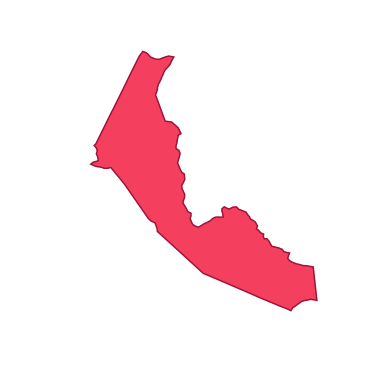 outline of Antônio Gonçalves, Bahia, Brazil, rotated 247°
{"feature_id": "56859067B38466194714379", "entity_name": "Antônio Gonçalves", "entity_type": "district", "adm_level": 2, "iso_a3": "BRA", "parent_name": "Brazil", "parent_adm1": "Bahia", "projection": "mercator", "projection_center": [-40.353, -10.606], "detail": "fine", "context": "isolated", "style": "filled", "palette": "rose", "viewbox_px": 384, "rotation_deg": 247, "n_neighbors": 0, "source": "geoboundaries", "source_scale": "gbopen_adm2", "svg_char_len": 2123}
<svg xmlns="http://www.w3.org/2000/svg" viewBox="0 0 384 384"><g transform="rotate(247 192 192)"><path d="M340.6,201.7L337.7,196.6L334.9,193.3L321.0,177.1L318.4,174.2L316.6,172.1L311.4,166.1L299.1,151.8L297.6,149.9L274.1,122.6L273.0,120.1L270.3,121.1L267.1,121.0L264.6,118.9L260.8,118.9L257.4,117.9L258.0,112.5L257.2,109.7L255.0,111.7L252.8,114.0L251.3,116.5L250.0,118.5L248.2,120.3L246.9,123.4L246.2,126.9L226.1,132.8L189.4,140.5L184.8,141.4L181.4,142.9L178.0,145.9L172.0,145.6L169.2,144.7L128.5,163.4L112.8,170.5L105.8,177.3L77.8,204.1L75.7,206.1L70.0,211.4L61.6,219.6L53.3,227.7L47.6,233.6L44.1,236.7L45.9,239.1L48.4,250.1L48.2,253.3L47.5,255.5L46.9,259.2L45.0,262.3L43.4,264.6L75.7,274.3L77.2,271.9L79.4,268.7L80.6,266.0L82.0,264.1L83.6,262.2L85.1,260.0L87.0,258.1L88.7,256.4L90.9,254.9L93.5,254.2L96.2,256.4L97.7,258.0L99.4,255.5L101.2,253.2L103.9,252.7L106.7,249.9L108.9,246.9L110.7,244.4L113.3,243.9L116.4,243.7L119.8,242.7L120.6,240.3L122.9,240.2L125.3,241.5L127.5,239.3L130.8,238.4L132.8,236.9L135.2,239.0L137.6,238.8L139.8,238.5L142.1,237.0L144.4,235.2L146.7,235.3L148.9,234.5L152.3,233.9L155.6,230.6L157.8,228.3L160.9,227.1L162.1,223.8L161.9,221.6L162.0,219.1L165.7,215.9L165.0,213.1L162.7,212.0L160.3,211.9L156.7,210.8L158.1,207.6L159.6,204.2L159.6,201.0L158.5,197.8L158.1,194.7L158.1,190.8L157.4,187.1L157.2,183.9L159.4,181.7L161.7,180.0L164.3,179.8L168.3,179.9L170.4,181.7L172.9,182.8L175.6,180.4L179.1,180.3L182.7,179.8L185.5,179.4L187.3,180.6L189.4,182.6L192.4,184.3L195.1,184.3L198.9,184.2L201.7,184.8L203.8,187.4L206.3,190.2L208.9,191.1L211.7,191.9L213.9,190.4L216.9,190.0L224.5,190.1L227.2,192.4L232.2,196.2L235.5,196.2L238.1,194.3L240.9,195.4L242.9,197.2L245.4,198.6L247.3,200.0L249.6,201.5L250.0,204.7L256.4,204.4L264.4,200.6L267.7,195.0L295.8,196.4L297.5,198.2L299.7,200.0L302.0,201.3L304.3,203.2L306.1,205.5L307.8,207.4L309.8,209.3L311.4,211.2L313.4,213.1L315.0,215.1L316.3,218.4L318.1,221.7L320.6,224.4L323.4,228.0L326.2,223.8L326.6,221.3L326.9,217.6L326.9,214.1L328.3,210.6L330.4,208.6L332.5,206.6L335.3,205.6L338.0,204.4L340.6,201.7Z" fill="#f43f5e" stroke="#9f1239" stroke-width="1.5"/></g></svg>